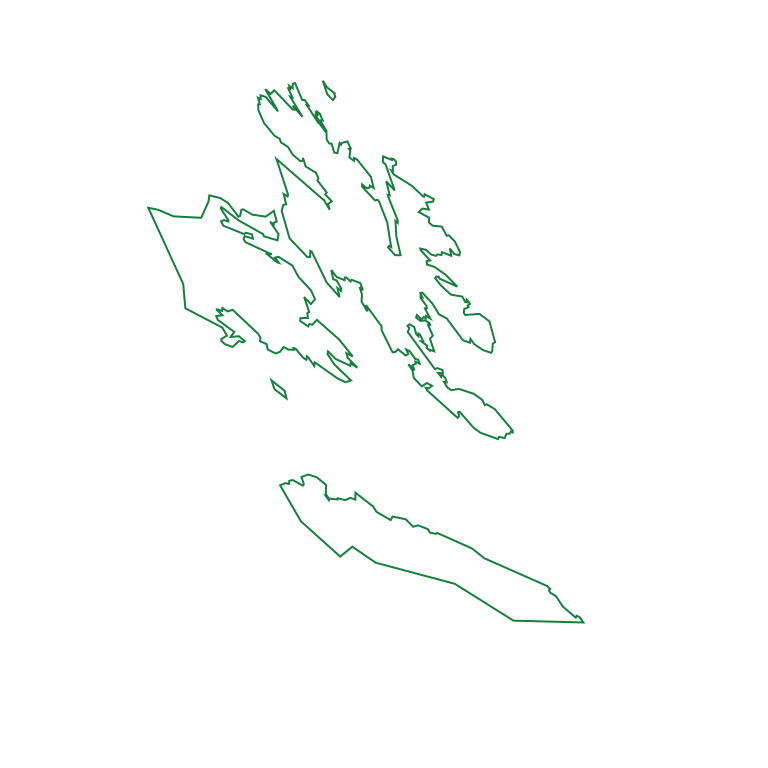 Nordkapp nor, Finnmark, Norway (Robinson projection), rotated 55°
{"feature_id": "86288312B7407058385806", "entity_name": "Nordkapp nor", "entity_type": "district", "adm_level": 2, "iso_a3": "NOR", "parent_name": "Norway", "parent_adm1": "Finnmark", "projection": "robinson", "projection_center": [25.725, 70.921], "detail": "fine", "context": "isolated", "style": "outline", "palette": "green", "viewbox_px": 768, "rotation_deg": 55, "n_neighbors": 0, "source": "geoboundaries", "source_scale": "gbopen_adm2", "svg_char_len": 6150}
<svg xmlns="http://www.w3.org/2000/svg" viewBox="0 0 768 768"><g transform="rotate(55 384 384)"><path d="M261.1,237.2L251.9,241.9L253.6,243.9L252.3,244.5L238.2,247.3L217.9,255.8L213.2,255.6L214.8,254.7L210.5,251.8L211.3,248.2L208.8,246.6L205.5,247.0L203.8,248.4L205.0,249.1L197.0,254.1L201.4,257.6L205.0,256.8L231.6,264.2L219.3,265.9L232.8,271.1L231.3,272.5L233.8,273.3L257.4,278.8L259.9,280.3L257.0,281.1L270.1,289.2L288.0,296.5L284.9,301.0L274.3,302.3L273.9,300.5L276.0,299.6L253.5,288.7L231.9,283.4L229.5,283.5L228.4,286.1L209.7,288.7L208.0,287.4L213.5,285.9L214.9,283.4L213.4,281.8L217.5,280.0L206.7,275.9L184.8,277.3L181.7,278.8L183.9,280.6L178.6,282.4L173.8,278.0L171.3,277.9L172.2,276.2L164.3,274.8L162.3,280.4L163.3,282.1L161.1,282.2L168.2,289.7L165.9,292.0L157.1,289.1L155.5,291.0L150.8,290.7L145.4,287.1L132.5,287.5L131.9,286.9L130.7,286.8L130.4,286.5L144.8,286.1L133.1,285.2L131.9,284.1L133.1,283.1L125.9,281.5L123.1,282.4L125.8,283.5L121.3,283.8L126.6,284.5L122.9,285.2L128.0,286.4L124.8,286.3L127.3,287.3L128.9,286.1L130.2,286.1L129.7,286.6L131.2,288.0L109.7,287.2L114.1,286.0L105.8,286.1L104.6,288.1L86.5,284.3L85.7,286.5L89.3,289.2L85.4,290.6L89.6,292.0L85.8,292.7L96.8,294.7L94.9,296.1L118.4,297.5L103.6,299.1L108.5,299.3L106.8,301.3L80.4,305.4L81.4,310.5L74.3,312.1L99.9,314.4L80.9,316.3L76.7,319.5L79.9,321.6L77.2,323.0L83.6,325.3L82.7,326.7L87.6,329.8L101.2,332.6L118.0,331.3L123.2,328.8L127.0,329.8L134.7,326.7L143.8,327.2L153.5,324.7L154.6,322.1L152.2,320.7L160.9,323.4L171.9,318.6L177.9,319.7L179.1,321.8L194.3,321.1L195.1,323.4L204.4,322.0L204.4,326.6L210.1,328.6L197.7,327.5L198.8,327.9L138.0,343.0L173.9,354.0L175.0,355.4L170.8,357.2L180.7,361.1L179.5,363.7L183.5,368.5L210.5,377.8L236.0,374.0L237.6,371.8L232.7,368.0L234.2,367.3L267.8,372.7L287.3,370.5L278.7,367.1L283.1,365.7L281.7,364.4L272.1,363.4L269.0,365.5L260.4,361.8L269.1,361.4L276.3,356.8L274.4,354.9L275.1,353.8L280.9,352.5L280.0,350.8L287.8,345.5L295.2,347.5L290.6,348.3L298.0,350.7L303.8,355.2L315.0,356.0L309.1,353.5L335.4,352.9L338.4,355.1L362.9,358.8L364.3,356.3L363.6,352.6L373.2,349.9L373.3,346.9L368.4,346.0L371.9,344.1L381.4,344.1L383.8,342.0L387.8,343.1L383.7,345.5L385.6,346.5L385.1,350.0L390.3,351.1L381.7,352.7L389.4,352.9L396.0,356.1L407.6,354.4L407.7,348.4L413.0,345.7L413.3,349.9L411.1,351.9L414.2,352.3L454.0,343.1L453.3,340.7L449.6,339.6L450.2,338.0L471.2,335.7L479.2,333.0L494.5,322.2L493.3,320.1L497.5,316.2L495.1,312.2L496.8,309.5L495.7,307.3L497.5,306.4L496.0,305.3L468.0,307.7L459.5,311.5L459.2,313.5L453.3,312.6L443.7,316.0L431.0,325.4L427.7,332.4L423.3,334.1L416.7,333.6L418.6,331.6L414.2,330.4L409.1,331.1L410.9,333.1L405.9,333.4L408.9,329.6L406.2,328.0L401.7,331.1L400.9,333.8L355.0,334.7L352.7,331.1L349.8,331.4L349.8,328.7L354.6,326.6L361.8,329.0L364.6,328.4L362.4,326.9L364.1,326.2L371.3,327.4L370.3,329.0L377.5,326.6L378.8,328.4L384.0,327.0L382.5,326.7L386.0,324.1L373.3,320.4L372.4,316.3L361.0,314.0L360.0,313.2L362.9,312.5L360.3,311.8L355.4,313.9L353.2,318.0L347.9,319.6L346.4,317.5L352.6,316.1L351.9,312.8L354.2,312.2L352.3,310.5L356.9,308.5L345.5,307.1L346.5,305.4L344.4,304.4L334.3,304.7L333.1,303.8L334.8,302.9L330.3,302.1L331.1,300.2L345.9,298.2L358.5,299.0L366.1,295.0L393.6,294.2L399.5,289.9L396.6,287.3L403.2,287.2L413.0,283.4L419.8,278.5L419.4,276.7L413.2,271.6L413.5,269.0L393.2,261.7L381.4,265.5L374.1,277.8L371.5,277.9L368.6,275.2L369.6,270.6L367.6,270.3L367.7,267.6L364.9,267.5L362.4,267.9L364.6,269.3L363.4,270.4L357.2,269.8L349.2,277.9L335.7,280.9L326.6,281.4L325.9,279.5L328.3,278.0L326.5,277.6L329.8,277.9L346.3,268.1L329.8,270.9L317.0,275.5L310.7,280.2L307.8,278.5L309.3,275.4L295.1,277.2L293.9,276.5L298.2,272.7L305.0,271.1L308.8,268.0L308.6,265.7L311.3,263.0L309.3,260.8L317.5,255.4L310.8,252.3L317.7,251.9L321.8,248.6L319.4,246.0L307.5,244.2L299.2,245.7L298.6,247.6L288.2,246.4L282.3,253.3L277.6,254.6L273.7,251.6L263.1,257.0L262.3,252.0L266.8,247.2L259.6,245.4L262.7,239.2L261.1,237.2ZM208.0,503.3L245.0,484.1L254.3,485.0L253.9,491.5L255.2,492.5L260.1,491.5L266.8,486.8L265.6,478.2L269.0,475.6L269.0,473.4L261.6,475.5L257.5,482.7L255.5,476.8L236.2,483.3L232.2,482.5L234.9,477.0L226.3,478.6L231.3,474.7L229.1,472.8L234.9,470.5L236.4,465.4L270.8,458.3L275.2,458.6L277.7,461.0L284.1,457.3L289.0,459.4L296.8,455.3L298.0,450.7L296.2,445.0L300.8,442.7L304.3,438.2L302.7,437.6L304.1,436.2L316.3,435.1L319.6,433.7L317.2,431.3L319.1,430.8L329.2,430.8L326.5,428.3L352.7,418.9L360.3,414.7L362.2,409.0L339.7,413.4L327.1,413.1L325.2,411.1L335.4,409.4L349.7,401.2L347.8,399.4L355.4,396.5L341.9,398.7L337.2,397.1L343.5,393.8L321.9,395.2L292.9,402.2L294.3,408.7L292.1,410.7L293.3,413.1L284.3,416.5L282.1,414.7L286.2,408.5L281.9,406.1L282.1,404.0L266.9,399.5L276.6,398.1L274.9,391.8L265.4,390.1L246.9,392.6L234.5,391.1L219.2,397.5L217.9,401.0L224.6,400.6L223.2,401.7L209.0,405.7L213.6,401.5L188.3,416.2L184.6,415.8L183.0,413.2L189.8,408.0L185.6,406.4L180.8,410.4L181.0,412.6L162.2,424.8L157.3,424.1L157.9,421.1L161.6,418.3L160.6,417.6L146.5,417.0L145.8,415.7L166.6,409.2L191.9,397.1L194.1,397.7L205.2,388.9L200.8,384.4L185.8,384.2L190.0,382.7L188.7,381.2L189.4,378.7L179.0,374.9L179.0,385.0L169.7,394.8L159.9,399.3L159.7,401.3L163.8,405.4L163.4,407.3L146.3,407.9L137.7,411.5L129.3,418.9L134.0,423.2L143.0,438.4L126.0,460.2L111.7,469.1L104.5,476.0L186.9,491.1L208.0,503.3ZM693.7,357.5L687.0,357.5L684.4,359.1L685.4,360.9L668.9,365.2L656.4,364.8L650.5,367.5L647.6,367.3L647.3,365.4L642.8,366.4L584.3,401.8L569.3,406.2L544.4,421.1L536.2,426.1L536.5,427.6L531.9,431.7L528.0,431.3L519.3,437.2L517.7,442.0L507.2,443.8L497.5,453.0L499.3,456.6L484.4,463.5L478.4,463.1L456.7,469.7L462.3,473.8L458.0,476.8L456.9,482.3L451.0,487.5L451.9,488.4L446.4,494.6L447.5,495.8L442.4,495.9L443.9,494.9L440.6,494.7L433.6,489.3L422.0,492.5L414.7,498.0L412.8,505.0L419.9,507.0L420.7,508.8L410.3,513.9L409.0,517.2L411.3,519.2L408.7,521.6L407.3,527.2L448.8,530.8L500.2,518.9L499.1,503.3L525.8,493.2L588.3,440.6L652.1,413.7L693.7,357.5ZM339.8,472.1L332.7,469.3L316.4,474.1L325.5,476.7L339.8,472.1ZM117.7,258.3L118.5,257.5L108.0,260.6L100.4,260.2L114.1,264.3L122.1,263.0L120.9,259.2L117.7,258.3Z" fill="none" stroke="#15803d" stroke-width="2"/></g></svg>